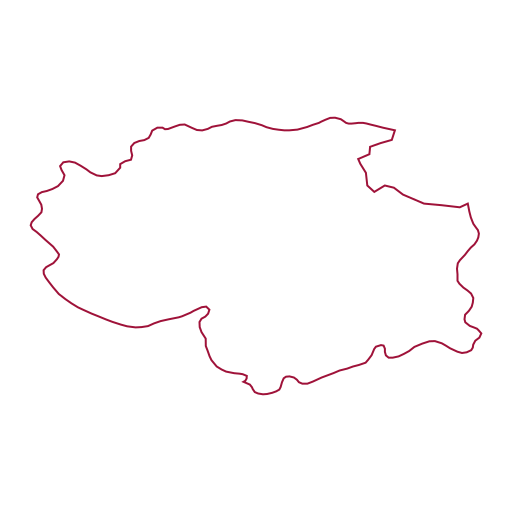 Krychaw, Mogilev, Belarus
{"feature_id": "67162791B56678014739115", "entity_name": "Krychaw", "entity_type": "district", "adm_level": 2, "iso_a3": "BLR", "parent_name": "Belarus", "parent_adm1": "Mogilev", "projection": "natural_earth1", "projection_center": [31.63, 53.734], "detail": "fine", "context": "isolated", "style": "outline", "palette": "rose", "viewbox_px": 512, "rotation_deg": 0, "n_neighbors": 0, "source": "geoboundaries", "source_scale": "gbopen_adm2", "svg_char_len": 3209}
<svg xmlns="http://www.w3.org/2000/svg" viewBox="0 0 512 512"><path d="M467.8,203.6L459.8,207.3L441.6,205.2L424.0,203.6L403.0,194.6L393.9,187.7L384.8,185.5L374.3,191.9L367.3,185.5L365.9,172.8L360.3,163.8L358.2,159.0L369.4,154.2L370.1,146.8L380.6,143.1L391.8,139.9L394.9,130.3L383.0,127.7L375.7,125.8L370.3,124.5L366.5,123.5L363.2,122.9L358.1,122.9L355.7,123.2L351.5,123.6L348.7,123.6L346.1,122.9L343.6,121.1L340.8,119.2L335.0,117.7L330.1,117.9L325.3,119.8L321.3,121.6L318.9,122.9L312.9,124.8L307.1,127.0L297.5,129.6L289.6,130.3L284.0,130.3L278.5,129.7L272.9,128.9L266.5,127.2L261.8,125.2L254.9,123.1L248.5,121.8L242.3,120.4L235.4,120.1L229.9,121.5L226.2,123.5L221.7,125.0L217.0,125.8L211.9,126.8L207.8,128.9L202.2,130.4L196.9,130.0L192.0,127.9L184.7,124.5L179.8,124.8L174.8,126.5L168.0,129.0L165.0,129.2L162.6,127.7L157.3,127.7L154.5,129.3L152.2,130.6L150.7,134.4L148.7,137.9L144.3,140.1L139.3,141.0L134.3,143.0L131.1,146.6L131.1,150.8L132.2,155.4L131.0,159.7L125.2,161.2L120.2,164.1L120.2,167.7L115.2,173.2L108.7,175.2L101.7,176.1L96.7,175.4L90.3,172.3L86.5,169.4L80.6,165.7L75.0,162.6L69.2,161.4L63.3,162.3L60.1,166.1L61.5,169.9L64.5,175.2L63.0,180.8L58.0,186.1L52.4,189.0L46.8,191.0L41.9,192.1L40.1,193.1L38.0,194.3L37.2,197.4L38.8,200.2L41.3,204.7L42.0,208.8L41.4,212.3L38.1,215.8L34.5,219.0L31.7,222.2L30.7,225.3L32.6,229.0L36.7,232.0L41.0,235.8L45.2,239.7L53.2,246.7L57.2,251.9L59.0,254.4L58.5,256.8L57.0,259.1L53.4,263.1L49.8,265.1L46.1,267.2L43.6,270.2L43.8,273.8L45.7,277.6L49.2,282.3L53.0,287.2L58.8,294.0L65.5,299.2L71.4,303.3L77.9,307.3L83.0,309.7L91.6,313.6L98.6,316.4L105.9,319.4L112.5,321.9L120.9,324.6L127.1,326.3L135.6,327.4L141.4,327.1L148.0,326.1L154.0,323.4L160.6,321.1L168.7,319.3L178.8,317.3L182.0,316.3L190.5,312.7L193.6,310.9L201.7,307.2L206.2,306.6L209.4,309.7L208.1,313.7L205.3,316.6L201.5,318.7L199.5,322.0L199.7,327.1L201.5,332.1L205.7,338.6L205.8,346.0L207.5,350.4L209.6,356.3L211.5,360.2L216.7,366.5L221.6,369.5L226.1,371.6L234.2,373.2L239.7,373.7L242.7,374.2L246.8,375.9L246.6,378.5L245.3,380.8L243.5,381.8L249.9,384.6L252.0,387.3L252.7,389.0L254.8,392.1L258.1,393.5L263.0,394.3L267.1,394.0L272.2,392.8L276.1,391.4L279.3,389.6L280.6,387.1L282.0,382.2L283.7,378.3L286.0,376.7L289.5,376.4L293.9,377.5L296.9,379.7L298.9,382.2L302.4,383.7L307.3,383.7L312.8,381.6L321.7,377.5L333.5,373.1L339.6,370.5L347.2,368.6L353.0,366.5L358.8,365.0L365.6,362.7L368.2,359.7L371.6,355.2L374.2,349.0L375.9,346.7L381.0,345.1L383.6,345.6L384.9,348.7L384.9,351.9L385.9,355.4L388.7,357.7L392.6,357.7L398.6,356.4L403.9,353.9L409.2,351.0L414.4,346.9L422.3,343.6L429.4,341.3L434.9,341.1L441.8,343.3L445.8,345.6L450.1,348.3L457.4,351.7L462.0,353.0L466.7,352.3L471.2,350.2L472.8,347.6L473.2,344.7L475.3,340.7L479.4,337.6L481.3,333.4L478.6,330.3L477.0,328.7L473.8,327.4L469.8,325.9L465.3,322.3L464.5,319.3L465.1,314.7L467.7,312.1L469.0,310.7L471.7,306.7L472.8,302.7L473.3,298.0L471.1,293.6L467.5,290.5L463.4,287.6L459.4,283.7L457.5,280.8L457.5,274.3L457.0,268.7L457.8,263.3L459.9,260.2L464.9,254.9L467.8,251.1L470.9,247.5L474.4,244.4L477.0,240.6L478.3,237.4L478.9,233.6L477.9,230.1L476.1,227.7L473.4,223.9L472.1,220.7L470.8,217.3L469.3,211.4L467.8,203.6Z" fill="none" stroke="#9f1239" stroke-width="2"/></svg>